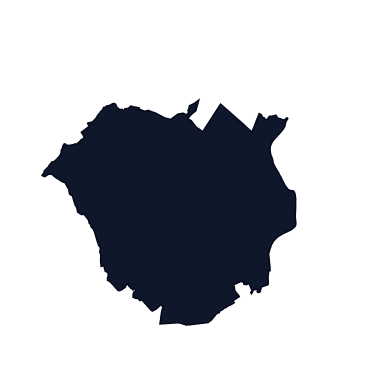 Ixtlahuacán de los Membrillos, Jalisco, Mexico, rotated 53°
{"feature_id": "50627088B58115544909485", "entity_name": "Ixtlahuacán de los Membrillos", "entity_type": "district", "adm_level": 2, "iso_a3": "MEX", "parent_name": "Mexico", "parent_adm1": "Jalisco", "projection": "robinson", "projection_center": [-103.201, 20.403], "detail": "fine", "context": "isolated", "style": "filled", "palette": "ink", "viewbox_px": 384, "rotation_deg": 53, "n_neighbors": 0, "source": "geoboundaries", "source_scale": "gbopen_adm2", "svg_char_len": 5965}
<svg xmlns="http://www.w3.org/2000/svg" viewBox="0 0 384 384"><g transform="rotate(53 192 192)"><path d="M311.6,188.1L311.4,187.8L311.7,186.9L310.5,185.7L305.8,182.6L304.0,180.9L301.3,178.2L301.8,176.9L300.6,176.2L300.4,176.1L299.4,175.3L297.2,173.9L296.4,173.5L295.1,172.7L294.8,172.5L294.6,172.4L293.2,171.5L293.1,171.3L291.8,170.7L291.7,170.5L290.3,169.8L290.0,169.5L289.3,169.1L288.8,168.9L288.3,168.6L287.1,167.6L286.5,166.9L286.3,166.3L286.0,166.0L285.5,165.3L285.1,165.0L284.5,164.3L284.0,163.5L283.6,162.7L282.3,160.9L281.6,159.5L280.4,156.7L280.2,155.7L279.5,152.1L279.5,150.2L279.6,148.3L279.7,147.6L280.0,145.0L280.2,143.4L280.5,142.3L280.6,141.6L280.9,140.2L281.1,139.8L281.1,139.1L281.7,136.7L281.7,135.8L281.9,135.3L281.6,134.8L281.8,134.3L281.8,133.4L281.7,131.6L281.4,130.5L281.5,130.4L281.0,129.4L280.3,128.5L279.1,127.6L274.9,125.1L271.7,122.7L267.3,119.0L259.4,113.0L255.2,110.7L252.5,110.2L251.1,111.3L250.3,112.4L249.4,113.0L248.3,113.5L246.9,113.8L245.0,113.7L243.2,113.8L242.7,113.7L242.1,113.7L240.3,113.3L238.5,113.0L235.2,112.4L234.0,112.0L231.9,111.9L228.3,111.2L225.4,111.0L222.5,110.7L217.7,109.8L215.8,108.8L215.5,108.5L212.9,107.5L210.7,107.0L209.1,106.4L205.9,104.7L203.5,102.8L202.4,101.6L201.1,99.4L199.9,96.6L199.5,95.1L199.1,93.0L199.0,91.9L198.5,89.9L197.5,84.7L196.8,81.8L196.0,79.6L195.2,78.0L192.7,75.2L191.9,73.7L191.1,71.4L189.9,71.5L189.7,71.7L190.2,73.7L189.4,75.8L187.2,77.1L185.1,78.6L184.5,79.2L183.4,79.1L182.3,78.8L181.5,78.8L181.3,78.8L181.0,79.0L180.8,79.3L180.7,80.3L179.8,82.0L179.4,83.0L178.7,83.9L178.2,84.2L178.1,84.5L179.0,87.3L179.2,88.5L178.8,89.3L178.1,89.9L176.8,89.6L176.3,89.7L175.6,90.2L175.0,90.5L174.3,90.7L172.4,90.2L171.8,90.2L169.8,91.2L180.2,108.0L174.0,109.3L167.0,110.5L139.0,116.3L150.3,147.1L142.6,149.6L134.6,149.7L130.8,151.4L129.6,145.5L129.4,140.0L122.7,131.3L122.6,136.9L121.6,142.2L123.5,144.3L124.5,146.1L126.0,146.7L127.0,148.1L126.9,150.0L123.8,151.6L121.3,156.4L121.2,165.4L116.6,169.1L106.7,173.8L104.0,175.7L100.4,177.9L100.1,178.6L99.7,180.1L99.2,180.9L97.6,182.2L96.5,182.9L95.0,183.5L94.8,183.8L94.1,185.8L92.8,183.1L92.8,183.6L92.3,184.4L90.3,185.8L89.5,187.0L88.0,188.0L86.5,189.2L86.6,190.1L86.8,191.6L87.2,192.3L86.5,193.2L85.8,194.3L85.5,195.2L85.2,195.4L85.1,195.6L85.6,196.5L85.9,196.8L85.8,197.2L85.9,197.5L85.3,198.0L84.9,198.1L84.4,198.0L84.1,198.0L82.5,200.2L82.3,200.4L81.3,200.4L80.5,200.6L80.1,200.9L79.4,201.2L78.6,200.8L78.1,200.8L77.2,200.4L76.2,200.3L75.8,200.3L74.8,200.6L73.8,201.9L73.6,202.6L73.6,204.4L73.1,205.5L73.1,206.7L72.9,207.1L72.5,207.3L72.2,207.8L72.1,208.3L71.9,209.0L72.0,209.7L72.2,210.1L72.2,210.4L72.0,210.8L71.3,211.5L71.3,211.9L72.6,214.1L72.8,214.8L72.7,216.0L72.8,216.8L73.1,217.3L73.4,218.1L73.6,218.7L73.7,220.0L73.9,220.8L75.0,223.2L75.2,223.9L76.2,229.1L75.9,230.0L74.6,232.8L74.2,234.0L77.7,234.7L77.7,244.4L81.7,244.7L82.1,244.9L83.0,244.8L83.6,244.7L83.6,245.9L83.9,247.9L83.6,249.0L83.7,249.3L83.6,249.6L83.7,249.9L84.3,252.5L84.2,252.5L84.1,253.9L84.7,255.8L83.3,256.2L82.6,258.7L82.1,259.6L81.6,260.8L81.0,261.8L80.1,262.8L79.5,264.0L78.2,264.2L77.0,264.5L76.7,265.6L78.1,268.2L79.5,269.5L79.6,270.7L80.2,271.4L81.7,272.6L83.2,275.1L83.8,277.0L84.6,282.2L84.6,284.3L83.6,285.9L84.3,287.7L84.5,289.4L85.4,291.4L86.0,295.3L86.1,297.1L87.4,298.5L88.5,301.7L90.2,301.1L90.6,300.8L91.1,300.3L91.3,298.8L91.3,296.8L92.1,294.6L94.0,293.1L96.0,292.6L97.1,292.6L106.2,289.2L107.1,288.4L108.3,287.8L116.1,288.9L117.4,289.8L118.8,290.5L120.2,290.9L121.4,290.7L122.5,289.9L123.5,289.8L125.6,290.8L132.2,293.2L134.4,293.3L136.1,293.8L139.1,295.4L143.5,293.9L144.6,291.8L146.2,291.6L150.3,291.5L152.2,291.6L153.6,292.1L154.6,292.8L156.5,292.6L158.3,293.1L159.5,293.6L161.1,293.2L161.4,293.1L164.1,293.6L165.9,294.1L175.6,297.8L178.2,298.4L178.4,298.8L179.0,298.6L179.8,298.6L181.1,298.7L182.0,299.1L184.3,301.7L185.6,302.1L186.5,302.3L187.4,302.8L193.3,307.4L195.6,308.5L196.7,309.4L197.2,308.5L196.8,307.6L197.1,306.7L199.8,307.6L203.1,309.0L204.4,308.3L205.3,307.8L205.8,307.7L206.3,307.8L208.1,309.2L209.2,310.0L209.7,311.1L211.7,312.6L211.9,312.6L213.1,311.8L215.2,311.3L217.8,311.0L226.1,310.3L226.5,310.1L227.1,309.4L227.6,307.9L227.8,306.4L227.9,303.6L227.9,303.0L227.6,302.2L226.4,300.0L226.7,299.9L226.6,298.5L226.8,298.4L227.3,298.4L227.5,298.5L227.8,298.9L229.1,299.0L232.1,298.7L232.6,298.6L233.4,298.1L234.7,298.1L234.7,296.4L234.8,296.0L235.1,295.7L235.6,295.6L236.0,295.8L236.6,296.2L236.8,296.9L236.9,297.3L236.8,297.9L236.9,298.6L237.4,299.4L237.9,300.1L238.7,300.7L239.2,301.4L240.6,302.4L240.9,301.9L241.3,301.8L241.8,301.6L242.6,301.4L242.9,301.1L244.5,299.3L247.5,298.9L247.6,298.7L247.5,296.9L262.1,295.8L262.2,295.6L263.3,295.2L263.9,291.1L263.7,288.3L263.2,284.6L263.6,284.3L266.1,284.7L266.1,284.4L266.4,284.4L267.1,284.8L268.1,286.9L268.5,287.3L271.5,290.5L274.6,293.5L275.0,293.7L276.4,295.4L278.1,297.0L287.8,282.1L289.6,280.3L290.0,279.9L292.4,278.4L293.3,277.5L294.9,276.6L295.5,275.5L295.6,275.0L295.8,274.5L296.3,274.3L306.1,257.4L305.7,255.4L305.7,255.1L305.9,254.8L306.1,254.6L304.0,245.7L304.3,244.4L304.4,243.3L304.8,242.8L303.8,241.7L304.2,239.1L304.3,237.0L303.9,235.9L304.1,235.5L304.0,234.9L304.7,234.8L304.6,232.6L305.3,229.4L305.4,227.4L305.6,227.5L305.8,224.9L303.5,224.6L304.0,217.4L303.9,217.1L298.1,217.2L296.2,217.1L295.6,216.8L293.3,215.3L291.2,214.9L291.9,211.3L293.1,205.4L294.2,206.0L294.4,203.8L294.5,203.8L294.7,204.4L295.0,204.8L296.6,206.0L296.9,206.0L298.5,204.6L299.1,202.9L299.7,201.6L300.0,201.6L301.9,202.1L307.2,203.5L307.5,205.5L309.0,205.8L308.6,204.9L308.6,204.2L308.1,203.5L307.3,203.0L307.3,202.8L307.1,202.9L307.0,202.7L307.8,200.9L308.2,199.6L308.2,199.0L308.3,198.6L309.5,198.3L310.0,198.9L310.1,199.3L310.7,199.9L311.3,200.0L311.5,199.9L312.0,199.7L312.6,198.6L312.7,198.2L312.7,197.9L312.5,197.5L312.1,196.8L311.5,196.8L311.4,196.0L311.1,195.5L310.4,194.9L310.1,195.0L309.5,194.8L310.5,190.7L311.6,188.1Z" fill="#0f172a" stroke="#020617" stroke-width="1.5"/></g></svg>